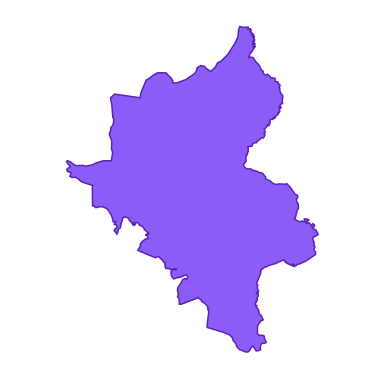 South Tongu, Volta, Ghana, rotated 357°
{"feature_id": "2480657B92948775681515", "entity_name": "South Tongu", "entity_type": "district", "adm_level": 2, "iso_a3": "GHA", "parent_name": "Ghana", "parent_adm1": "Volta", "projection": "orthographic", "projection_center": [0.674, 5.965], "detail": "fine", "context": "isolated", "style": "filled", "palette": "violet", "viewbox_px": 384, "rotation_deg": 357, "n_neighbors": 0, "source": "geoboundaries", "source_scale": "gbopen_adm2", "svg_char_len": 6027}
<svg xmlns="http://www.w3.org/2000/svg" viewBox="0 0 384 384"><g transform="rotate(357 192 192)"><path d="M230.8,351.5L236.9,354.5L239.4,354.7L240.8,353.7L243.5,350.0L244.7,349.1L245.9,350.7L247.7,354.0L249.6,354.0L252.2,353.1L252.2,349.9L253.0,347.6L255.1,346.6L255.6,346.9L257.2,346.7L258.1,346.2L258.3,345.7L256.7,342.3L256.7,340.3L256.3,339.3L255.0,338.8L251.4,338.6L249.9,336.7L250.3,329.9L251.2,327.7L254.2,324.3L256.4,323.4L254.6,318.8L253.6,318.3L252.7,316.7L252.4,313.3L249.9,309.9L250.9,308.7L249.6,308.5L249.3,307.3L249.4,306.5L250.7,305.3L250.3,304.5L250.4,303.7L251.6,303.4L251.5,301.1L252.8,298.8L252.5,297.8L252.7,296.9L251.0,296.8L251.1,295.9L252.3,295.6L253.3,294.7L252.4,292.6L252.3,290.2L252.8,288.3L252.0,287.5L251.8,286.3L256.3,276.9L256.8,273.5L261.0,270.6L262.5,270.6L265.2,269.3L269.0,268.3L270.9,268.1L280.2,264.4L281.5,267.1L282.4,266.6L282.9,268.1L289.6,271.5L291.2,272.0L289.4,270.4L287.9,269.8L287.9,269.3L288.6,269.1L290.9,270.6L292.3,270.8L293.0,269.9L295.6,269.5L302.2,266.9L311.9,261.0L312.4,258.5L311.0,256.7L310.8,255.6L311.7,253.7L311.8,252.4L310.9,251.6L311.4,248.8L310.7,247.9L310.7,246.5L310.1,245.5L310.0,244.2L311.3,243.4L311.5,242.9L312.3,242.9L315.3,241.5L315.8,240.6L315.2,239.8L314.2,237.0L310.4,234.2L310.4,233.5L312.1,232.9L312.7,232.2L312.4,231.0L311.1,229.9L309.6,231.9L307.5,229.0L305.6,229.4L304.5,229.0L304.7,228.3L305.6,227.8L305.5,227.0L307.2,226.3L306.8,225.6L305.6,225.1L302.8,224.8L302.7,225.9L303.0,227.2L302.4,227.7L300.4,226.8L298.8,227.3L296.3,226.7L292.8,224.1L292.8,223.5L294.0,223.1L296.1,215.4L297.1,214.7L297.4,213.9L297.5,209.9L295.9,206.6L295.8,205.0L297.4,202.4L297.2,200.7L296.7,200.7L294.8,199.5L290.5,192.6L287.2,188.7L284.8,189.1L280.0,188.5L275.5,188.8L273.4,187.6L270.5,185.0L266.1,182.6L266.3,180.9L263.7,177.2L262.7,176.6L260.6,176.2L258.2,174.8L253.7,173.4L252.1,172.2L250.5,171.8L249.3,172.1L248.0,171.6L246.3,170.5L245.0,168.6L245.0,167.2L247.7,164.0L247.5,160.9L248.2,158.6L249.4,157.3L249.2,156.1L249.6,155.2L250.4,154.8L250.2,153.1L250.5,151.0L250.1,149.7L254.0,149.4L255.1,148.0L255.0,147.1L256.7,146.2L258.8,146.2L260.9,143.7L262.2,143.4L263.8,141.7L266.2,141.7L267.9,138.9L267.7,137.9L267.0,137.4L267.2,136.5L268.3,136.0L267.3,133.1L268.2,132.8L270.4,130.1L270.9,130.0L271.0,129.0L271.5,128.6L272.2,129.6L272.8,128.9L272.9,127.9L273.8,126.9L273.4,124.6L274.2,123.7L275.4,123.8L276.1,123.4L276.5,123.7L277.0,122.9L277.8,122.8L277.6,121.8L278.3,121.6L279.0,122.1L280.0,120.2L281.9,119.2L282.5,118.1L281.9,117.4L282.1,117.0L283.3,117.0L284.0,115.9L283.5,112.4L284.9,112.9L285.4,112.5L285.1,111.6L284.2,111.7L284.6,110.7L284.1,110.2L285.4,108.8L286.5,108.6L286.4,107.8L287.1,107.9L287.0,104.9L287.7,101.5L287.6,100.2L286.3,99.0L284.9,95.4L285.2,93.9L284.5,91.6L285.4,91.1L285.2,89.1L284.0,88.7L283.6,86.7L281.5,86.2L280.7,85.0L280.9,82.8L276.5,81.9L275.6,80.3L273.6,78.4L271.6,79.1L269.9,77.7L269.2,76.7L269.4,75.1L267.8,74.1L266.3,70.2L264.7,67.6L262.2,64.8L260.1,61.1L258.3,60.4L255.7,60.5L257.5,56.3L258.6,55.7L261.8,51.1L261.1,51.0L261.2,50.5L262.1,50.7L262.7,50.3L262.6,50.0L261.0,49.9L262.1,49.1L261.5,48.5L262.3,48.3L261.8,47.5L260.7,47.6L261.2,47.1L262.0,47.0L260.6,46.2L261.2,45.7L260.8,45.2L261.5,44.9L262.2,45.1L262.3,44.3L261.2,43.7L261.5,43.2L262.4,43.1L262.5,42.6L261.0,41.2L261.4,41.0L261.8,41.3L262.4,40.2L261.7,39.3L260.9,39.4L260.6,38.8L261.5,38.7L260.9,38.0L261.4,37.5L260.5,36.8L260.0,37.4L260.0,36.2L258.8,35.5L259.2,34.9L258.6,34.6L259.2,34.1L258.5,33.9L259.3,32.7L259.0,32.1L258.0,32.5L257.7,32.0L256.5,32.4L256.2,30.8L256.7,31.2L256.7,30.3L256.0,30.5L251.6,30.2L248.4,29.3L246.9,32.8L246.3,37.7L245.5,40.5L242.6,45.8L234.9,56.6L227.3,63.3L225.1,63.7L223.8,65.0L221.9,68.5L217.4,72.4L216.5,72.2L212.2,69.1L211.3,67.2L207.4,66.2L203.7,68.1L202.4,72.1L200.4,74.1L192.0,79.3L182.3,82.4L178.5,81.9L178.6,79.9L177.2,77.2L174.4,74.3L172.5,71.7L164.1,71.1L159.6,73.2L154.6,76.7L152.1,77.8L146.9,88.7L145.7,91.9L145.3,95.2L119.9,90.2L115.6,93.6L116.5,101.1L116.8,113.1L117.7,115.6L116.9,120.2L114.3,123.7L113.8,126.9L112.7,128.9L112.5,130.2L114.5,136.6L113.9,145.0L114.8,148.4L113.1,156.5L104.8,156.2L98.0,157.9L93.1,159.9L86.8,160.7L85.2,159.9L84.1,159.7L77.5,159.6L74.4,157.6L72.6,155.8L69.7,154.3L68.5,154.6L68.3,155.1L70.0,158.2L71.6,159.5L71.4,160.7L68.7,162.2L68.2,163.3L68.6,164.9L72.0,166.2L72.2,167.2L70.8,169.9L72.7,171.2L76.3,171.1L79.5,173.2L80.7,174.8L82.7,176.3L93.1,180.3L92.7,182.6L92.0,200.7L93.1,200.8L95.1,202.6L99.2,201.9L102.5,202.2L105.7,204.0L106.9,205.1L110.0,210.5L111.2,214.1L111.7,217.6L114.3,217.6L113.5,218.4L112.7,220.4L114.6,220.6L115.5,222.7L112.2,226.2L114.8,230.1L116.0,228.2L116.3,225.6L116.6,225.0L118.3,224.4L119.2,222.1L119.6,219.2L120.6,217.8L121.6,214.0L122.2,214.0L123.5,213.3L127.6,214.9L127.8,216.9L129.1,218.1L129.9,219.5L130.5,219.9L131.2,219.5L131.6,219.8L132.2,219.6L132.1,220.3L131.0,221.1L131.4,222.0L132.1,221.9L132.6,222.3L133.8,221.2L133.7,220.3L136.0,219.5L137.1,220.5L137.2,221.4L137.8,222.2L141.1,224.2L142.7,226.8L142.5,227.1L146.7,231.0L146.8,231.5L146.3,231.9L145.3,231.4L143.9,231.9L143.6,232.8L144.5,233.0L145.1,233.7L145.6,236.0L142.9,236.6L139.8,238.8L137.6,241.3L137.8,242.9L134.8,247.5L152.0,255.7L153.9,254.8L156.1,255.4L157.1,256.9L158.1,257.4L159.8,260.1L160.9,261.1L161.4,264.1L161.3,265.8L162.0,267.1L163.3,266.9L165.0,267.2L166.0,268.0L167.2,268.3L170.4,267.6L172.4,268.1L172.6,268.6L172.1,269.0L170.4,268.4L168.0,269.0L166.8,270.5L167.1,275.0L169.0,277.6L170.2,277.7L171.9,277.0L177.0,276.2L180.4,274.7L181.7,274.8L183.0,275.7L183.2,277.1L182.1,279.3L181.4,279.1L181.0,278.1L180.3,277.9L178.3,278.9L175.8,282.9L173.0,286.6L172.3,289.4L173.2,293.7L172.3,294.8L172.1,295.8L173.5,297.9L173.5,303.4L175.5,303.5L192.2,298.1L192.6,297.7L193.3,298.7L195.4,300.1L196.0,301.9L198.6,303.6L201.4,306.9L201.7,309.3L201.9,308.8L202.5,309.4L202.0,309.7L202.5,312.4L199.9,326.8L200.2,328.1L215.8,333.7L222.1,336.7L224.7,339.5L225.3,342.7L226.3,343.6L226.4,342.8L226.6,343.9L228.1,346.4L228.4,348.4L230.8,351.5Z" fill="#8b5cf6" stroke="#5b21b6" stroke-width="1.5"/></g></svg>